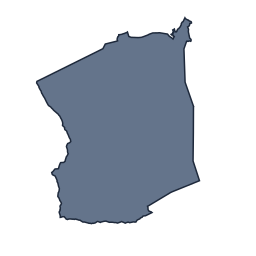 the district of San Antonio Huitepec, Oaxaca, Mexico, rotated 165°
{"feature_id": "50627088B88102129443376", "entity_name": "San Antonio Huitepec", "entity_type": "district", "adm_level": 2, "iso_a3": "MEX", "parent_name": "Mexico", "parent_adm1": "Oaxaca", "projection": "robinson", "projection_center": [-97.134, 16.922], "detail": "fine", "context": "isolated", "style": "filled", "palette": "slate", "viewbox_px": 256, "rotation_deg": 165, "n_neighbors": 0, "source": "geoboundaries", "source_scale": "gbopen_adm2", "svg_char_len": 4582}
<svg xmlns="http://www.w3.org/2000/svg" viewBox="0 0 256 256"><g transform="rotate(165 128 128)"><path d="M59.1,131.8L61.0,157.5L53.5,189.9L49.1,196.4L48.5,196.7L48.0,196.3L47.5,196.1L46.8,196.2L46.1,196.2L45.4,195.8L45.0,195.5L44.6,195.8L44.4,196.3L44.3,196.8L44.3,197.0L44.2,197.3L45.1,198.8L45.1,199.7L45.1,200.5L45.0,201.1L45.0,202.1L44.9,203.2L44.9,204.0L44.8,205.1L44.6,206.1L44.4,206.6L44.1,207.3L44.0,207.9L44.1,208.6L44.2,209.4L44.3,210.2L43.4,210.4L42.8,210.6L42.4,211.1L42.0,211.4L41.8,211.8L41.6,212.3L41.4,212.7L41.3,213.0L40.7,212.8L40.2,212.9L39.8,212.9L39.5,213.0L39.4,213.5L39.4,213.9L39.5,214.3L39.8,214.7L40.2,214.9L40.6,215.2L40.9,215.4L41.2,215.7L41.5,216.1L41.6,216.5L42.0,216.7L42.1,216.8L42.3,216.9L42.9,217.4L43.2,217.7L43.7,218.1L44.0,218.6L44.2,218.9L44.4,219.3L44.5,219.7L47.2,216.5L47.6,216.4L48.1,216.3L48.4,216.1L48.9,215.6L49.4,215.2L49.7,214.5L50.0,213.8L50.6,213.2L51.2,212.4L51.9,211.9L52.5,211.5L53.1,211.0L53.9,210.8L54.6,210.4L55.5,209.3L55.8,208.8L56.7,207.9L55.9,208.9L57.5,208.6L57.7,209.6L57.6,211.6L59.2,211.1L59.4,211.1L59.3,208.8L60.0,208.7L60.0,207.8L62.1,207.3L61.5,206.3L60.6,206.6L60.5,206.2L60.1,205.1L60.4,204.9L59.7,204.3L61.5,202.3L62.6,204.0L63.3,204.6L64.7,206.5L65.5,208.5L73.0,211.9L74.8,212.2L79.4,213.4L83.2,213.1L84.8,212.7L88.7,212.3L91.3,212.1L92.2,212.2L94.8,212.7L99.6,214.2L101.4,214.7L103.5,216.2L103.7,220.9L104.5,220.6L105.3,220.4L106.0,220.5L107.0,220.2L108.1,220.3L109.7,220.1L110.9,220.2L112.0,220.3L112.5,220.5L112.8,220.5L113.0,219.8L113.1,219.6L113.5,219.1L113.8,219.0L114.1,218.8L114.3,218.7L114.4,218.4L114.6,218.1L114.9,217.8L115.1,217.6L115.2,217.2L115.4,216.8L115.5,216.6L115.6,216.3L115.6,216.0L115.6,215.5L115.5,214.9L116.4,214.8L128.2,215.0L131.7,211.1L203.9,196.6L204.6,195.2L203.9,193.0L203.7,192.3L203.3,191.2L203.5,190.2L203.1,188.5L202.8,187.3L202.4,186.3L202.4,184.7L202.3,183.7L202.0,183.0L201.7,181.5L201.3,180.0L200.8,178.6L200.5,177.0L200.0,174.3L199.7,173.1L199.4,171.8L199.1,170.7L198.6,169.8L197.9,169.1L197.2,168.3L196.7,167.1L195.8,165.7L195.5,164.9L195.1,164.2L192.4,160.2L191.8,159.4L191.5,158.3L190.9,157.4L190.6,156.1L190.4,154.9L190.2,154.3L189.9,152.9L189.8,151.9L189.7,150.8L189.8,150.0L189.9,149.2L190.0,148.8L190.2,148.3L190.4,148.0L190.6,147.5L190.2,146.6L189.4,145.4L189.1,144.7L189.4,144.0L189.4,143.8L189.4,142.9L189.3,142.6L188.5,141.7L188.1,141.0L188.0,140.5L188.0,139.8L187.9,139.3L187.9,138.4L187.7,137.9L187.6,137.3L187.5,136.6L187.4,135.8L187.3,134.9L187.2,133.9L186.8,132.5L186.6,132.1L186.6,131.9L186.8,129.7L188.2,128.9L190.3,128.6L190.7,128.1L191.4,127.4L191.8,126.8L192.3,125.9L192.1,123.1L192.2,122.1L192.6,120.6L192.6,119.4L192.4,118.7L193.9,117.0L194.9,116.3L196.0,114.6L196.5,113.8L196.8,113.3L197.1,112.8L197.4,112.1L199.0,111.4L201.4,111.9L202.0,112.0L202.5,111.6L203.8,109.9L204.2,109.3L205.7,106.8L206.0,106.7L209.1,107.3L210.7,106.2L211.7,105.4L213.2,104.8L213.2,104.3L213.2,103.6L213.2,102.9L213.0,102.4L210.9,100.5L210.8,100.4L210.2,96.8L210.1,95.5L210.4,94.7L210.2,93.6L210.0,93.2L210.2,89.6L210.0,88.0L210.0,87.0L210.4,86.3L210.6,85.5L210.8,85.3L211.3,84.3L212.1,83.6L213.1,81.2L213.5,80.0L213.4,79.6L213.0,78.8L212.7,77.6L212.6,75.8L211.8,73.1L211.8,72.4L212.5,71.4L212.7,71.1L212.9,71.1L213.3,70.9L213.9,70.1L214.0,69.7L214.0,69.1L214.1,68.6L214.0,68.3L214.3,67.9L214.3,67.5L214.5,66.9L214.9,66.7L215.0,66.2L215.0,65.7L215.4,65.5L215.9,65.2L216.0,64.9L216.3,64.4L216.2,63.8L216.3,63.1L216.1,61.8L216.2,61.2L216.1,60.6L216.4,60.0L216.6,59.2L215.9,59.1L214.3,59.3L213.9,59.1L212.6,58.9L211.9,57.4L211.6,56.9L211.3,56.0L210.6,55.7L210.3,55.3L208.6,55.4L206.6,54.9L205.5,54.3L204.7,54.3L203.6,53.6L202.6,53.8L201.6,53.1L201.1,53.1L201.0,52.9L199.4,51.8L198.1,51.3L197.6,50.6L195.9,48.8L194.9,48.6L194.7,48.6L191.0,46.5L190.3,46.0L189.2,45.8L188.2,45.1L187.0,45.2L186.4,44.9L184.3,44.8L183.3,45.1L182.9,45.3L181.9,45.6L181.3,45.5L179.2,44.0L178.9,43.9L178.5,44.2L177.1,44.1L176.2,44.1L175.6,44.1L174.0,43.9L172.9,43.5L172.3,42.9L171.9,42.8L170.6,41.8L169.8,41.6L169.3,41.5L167.7,41.1L165.2,40.0L164.5,39.9L164.0,39.7L163.0,39.0L162.6,38.9L162.2,38.9L159.7,39.1L158.3,39.3L157.9,38.8L156.9,38.2L155.3,36.8L154.4,37.0L153.4,37.0L153.0,37.1L152.1,37.0L150.9,36.1L147.0,35.9L146.2,35.5L145.2,35.3L144.8,35.1L144.3,35.5L143.4,36.4L142.6,36.8L140.1,37.2L139.2,37.9L137.5,38.1L136.6,38.9L135.4,39.0L133.9,38.7L132.8,38.9L127.7,39.9L126.7,40.1L127.4,41.1L129.1,42.1L129.8,44.0L129.3,45.9L129.4,47.4L128.5,47.5L103.4,54.7L101.6,55.0L75.0,58.3L72.6,58.6L73.7,79.3L66.1,106.5L59.2,131.8L59.1,131.8Z" fill="#64748b" stroke="#1e293b" stroke-width="1.5"/></g></svg>